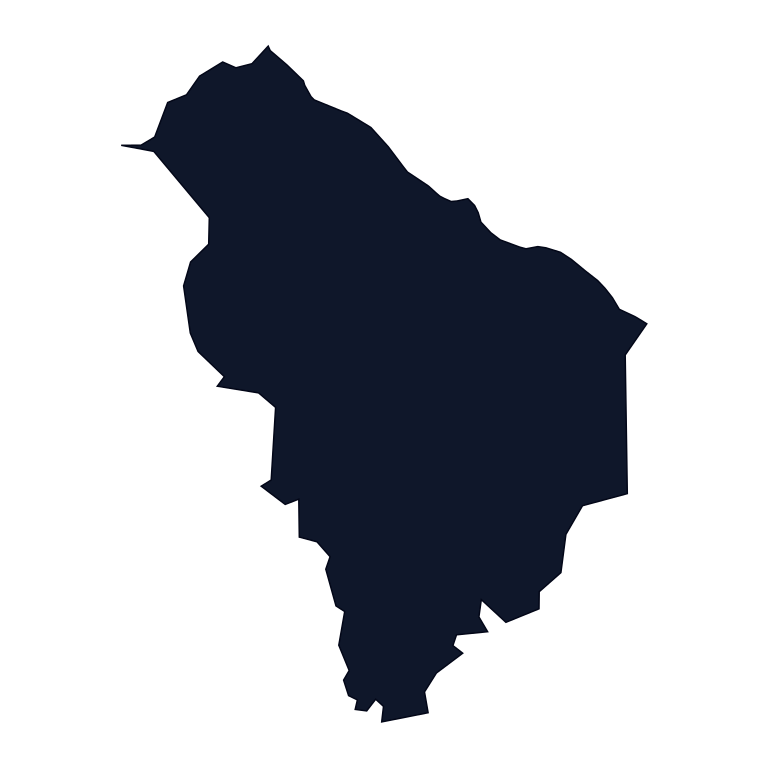 Makedonska Kamenitsa, Makedonska Kamenica, North Macedonia
{"feature_id": "65306769B84975747896428", "entity_name": "Makedonska Kamenitsa", "entity_type": "district", "adm_level": 2, "iso_a3": "MKD", "parent_name": "North Macedonia", "parent_adm1": "Makedonska Kamenica", "projection": "orthographic", "projection_center": [22.559, 42.055], "detail": "fine", "context": "isolated", "style": "filled", "palette": "ink", "viewbox_px": 768, "rotation_deg": 0, "n_neighbors": 0, "source": "geoboundaries", "source_scale": "gbopen_adm2", "svg_char_len": 1284}
<svg xmlns="http://www.w3.org/2000/svg" viewBox="0 0 768 768"><path d="M539.0,608.8L539.2,591.7L560.9,572.6L565.9,534.4L582.5,505.7L627.3,493.6L625.2,355.0L646.8,323.8L637.0,317.8L634.7,316.5L619.3,309.3L612.4,297.7L604.9,288.2L597.8,280.7L585.3,270.9L571.6,259.6L560.5,252.3L545.9,247.8L537.8,246.6L526.0,248.8L519.7,247.1L500.2,239.9L490.8,232.7L480.9,222.1L478.2,212.7L474.6,205.5L467.9,198.7L457.0,201.0L451.1,201.5L444.3,198.5L439.7,196.1L436.0,192.9L428.5,186.1L407.4,172.0L403.2,166.6L388.3,146.8L370.9,127.5L347.4,113.2L341.1,110.9L314.2,99.9L311.0,96.6L304.7,85.3L303.4,80.9L287.0,65.0L270.2,50.6L268.2,46.1L252.0,63.7L235.9,67.8L222.7,62.0L199.6,76.1L186.5,94.8L167.7,102.5L154.7,137.0L141.0,145.2L121.2,145.3L153.8,151.4L209.3,217.7L208.7,244.2L190.6,262.0L183.6,285.9L190.3,333.0L198.1,351.5L224.4,376.7L217.3,386.2L258.6,392.9L275.6,407.4L271.2,480.0L261.2,486.2L285.2,504.4L298.8,499.1L299.3,537.1L317.0,541.8L330.1,556.7L325.8,569.2L336.0,605.9L344.7,611.5L338.8,645.2L349.2,670.5L343.6,680.1L348.6,695.6L357.4,699.9L355.2,709.4L366.7,710.9L375.7,699.2L383.5,706.4L381.7,721.9L428.1,712.7L424.5,691.9L436.4,673.0L462.7,653.2L452.9,645.6L456.5,634.8L487.6,631.7L478.9,616.9L481.3,599.6L505.9,622.3L539.0,608.8Z" fill="#0f172a" stroke="#020617" stroke-width="1.5"/></svg>